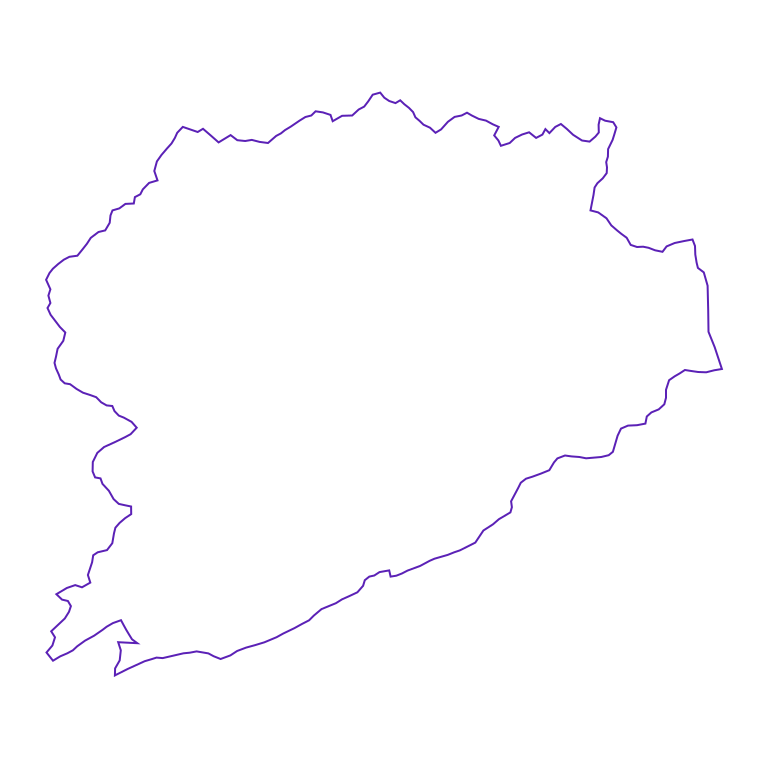 the district of Jucás, Ceará, Brazil
{"feature_id": "56859067B508683552133", "entity_name": "Jucás", "entity_type": "district", "adm_level": 2, "iso_a3": "BRA", "parent_name": "Brazil", "parent_adm1": "Ceará", "projection": "albers", "projection_center": [-39.616, -6.471], "detail": "fine", "context": "isolated", "style": "outline", "palette": "violet", "viewbox_px": 768, "rotation_deg": 0, "n_neighbors": 0, "source": "geoboundaries", "source_scale": "gbopen_adm2", "svg_char_len": 3892}
<svg xmlns="http://www.w3.org/2000/svg" viewBox="0 0 768 768"><path d="M166.8,148.7L161.5,154.9L156.9,161.4L154.3,171.0L157.5,180.4L149.1,182.9L142.8,189.4L140.3,194.3L134.9,197.1L133.8,203.5L125.4,203.9L119.3,208.4L112.5,210.4L110.5,215.4L109.7,222.8L105.2,230.4L98.5,232.0L90.8,237.8L86.9,243.8L82.5,249.4L77.4,255.7L69.4,256.8L63.8,259.7L58.2,264.0L52.9,268.7L49.5,273.0L46.1,279.8L50.4,289.3L48.4,295.6L50.4,303.0L47.5,308.0L50.6,314.8L59.9,327.0L65.3,332.5L63.3,340.8L57.6,348.8L56.0,356.7L54.5,362.9L56.0,368.4L58.8,374.6L60.6,379.5L64.7,383.3L70.1,384.2L76.5,388.9L83.0,392.7L90.1,395.0L96.2,397.2L101.2,402.3L106.6,405.4L112.3,406.0L114.5,411.1L118.8,415.6L123.8,417.6L131.6,421.9L136.7,427.7L130.6,434.2L125.2,437.1L115.1,442.0L104.1,447.0L97.3,452.9L92.8,462.0L92.6,471.4L95.1,477.4L100.5,478.4L102.5,483.9L108.9,490.8L113.6,499.1L118.8,503.9L125.2,505.3L131.1,506.5L131.2,514.1L125.2,518.1L119.6,522.9L115.4,527.7L114.0,533.3L112.3,543.2L107.0,550.1L97.7,552.3L93.2,555.3L92.1,562.3L87.9,575.0L90.3,582.6L82.0,587.3L75.2,585.1L66.8,588.0L56.4,594.2L62.0,599.6L67.9,601.0L70.9,606.1L69.0,611.8L64.8,618.5L51.2,631.3L55.0,637.3L52.4,645.5L46.5,652.5L53.0,660.7L60.3,656.3L67.3,653.3L72.9,650.3L77.2,646.3L85.1,640.6L94.1,635.7L102.5,629.9L106.7,626.7L112.9,623.1L121.0,620.2L123.9,625.6L126.4,630.1L129.1,634.6L132.0,639.3L137.3,643.2L118.2,642.2L120.8,650.3L119.7,660.4L115.1,668.4L114.9,675.4L127.8,668.9L144.7,661.2L151.5,659.2L156.5,657.6L162.7,658.1L183.5,653.3L189.7,652.7L196.6,651.4L208.4,653.4L213.6,656.2L220.6,659.0L230.4,655.4L237.1,651.0L246.1,647.6L255.2,645.1L264.4,642.3L276.6,637.2L283.3,633.5L294.5,628.1L302.1,623.9L309.1,620.3L313.8,615.6L321.5,609.1L331.0,605.2L335.9,603.2L342.1,599.3L349.3,596.1L357.4,592.3L363.1,585.8L364.8,580.2L369.3,576.6L374.3,575.5L379.5,572.1L389.2,570.4L390.6,576.6L396.3,575.7L401.9,573.5L407.5,570.6L420.2,565.9L429.7,560.8L434.5,558.7L447.7,554.9L454.2,552.3L459.8,550.4L475.3,542.6L483.4,530.5L493.0,524.3L498.9,519.2L510.4,512.4L511.9,507.2L511.1,501.3L518.1,488.1L520.8,482.7L526.0,478.7L532.4,476.7L540.9,473.6L549.3,470.2L554.0,462.4L557.4,458.4L565.0,455.5L571.4,456.4L579.4,457.0L586.1,458.3L593.1,457.7L601.2,457.0L608.7,455.2L612.9,451.8L617.6,435.7L621.0,428.6L628.0,425.6L637.0,425.2L645.4,423.6L646.8,416.5L651.4,412.4L658.7,409.4L664.3,404.3L666.0,397.8L666.0,389.8L669.1,380.2L674.7,376.3L679.7,373.4L684.9,370.0L691.3,371.0L698.1,372.0L706.2,372.3L714.1,370.3L721.9,369.0L714.7,347.2L708.5,331.8L708.2,310.3L707.6,285.7L703.8,272.4L697.9,267.9L696.6,262.6L695.3,254.6L695.0,246.0L692.5,239.5L684.3,241.0L674.7,243.0L666.6,246.4L662.5,251.8L655.1,250.3L648.6,247.8L643.1,246.7L637.0,247.0L630.7,244.9L626.7,237.8L621.4,233.9L617.2,230.5L611.3,225.4L606.5,218.3L598.2,212.4L590.5,210.4L593.5,195.0L594.6,187.5L597.4,183.2L602.7,178.4L606.7,173.1L607.0,167.4L606.2,162.1L607.9,156.7L608.1,149.1L612.6,139.9L614.3,134.5L616.4,127.4L613.2,122.2L605.1,120.7L600.0,118.2L598.6,124.7L598.8,132.5L595.4,136.6L589.6,141.6L582.0,140.5L573.1,134.8L566.8,128.9L560.9,124.0L555.3,126.9L549.4,133.1L545.4,129.1L542.4,134.6L536.1,137.9L529.1,132.3L522.1,134.5L515.1,137.9L509.7,143.0L500.9,145.8L498.4,140.5L494.2,135.4L498.7,126.9L492.8,124.3L486.0,120.6L478.7,118.9L471.8,115.5L467.0,112.7L461.6,115.5L454.6,116.9L447.9,121.8L441.1,129.4L435.5,132.8L430.0,127.7L423.5,124.7L419.6,120.9L415.4,117.3L413.1,112.1L409.0,107.9L404.3,104.2L400.2,100.3L395.5,103.1L389.2,101.0L384.3,97.7L380.2,92.6L372.7,94.7L368.2,101.4L364.2,106.6L358.7,109.5L352.2,115.5L342.1,115.8L332.7,121.2L330.5,114.9L322.9,112.4L315.6,111.3L311.3,115.5L305.4,117.0L299.6,120.6L290.8,126.6L285.0,130.1L280.9,133.4L276.2,135.9L268.0,143.0L259.6,141.9L251.8,139.9L245.2,141.0L237.3,140.2L230.6,135.1L218.6,142.4L210.9,135.6L203.0,128.8L197.7,132.0L182.8,126.9L177.2,132.8L174.9,137.9L171.5,143.5L166.8,148.7Z" fill="none" stroke="#5b21b6" stroke-width="2"/></svg>